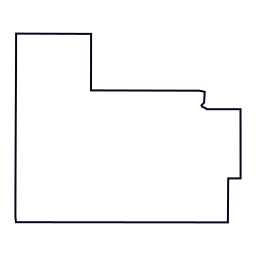 the district of Carter, Oklahoma, United States of America
{"feature_id": "52423323B10262331095216", "entity_name": "Carter", "entity_type": "district", "adm_level": 2, "iso_a3": "USA", "parent_name": "United States of America", "parent_adm1": "Oklahoma", "projection": "albers", "projection_center": [-97.204, 34.289], "detail": "fine", "context": "isolated", "style": "outline", "palette": "ink", "viewbox_px": 256, "rotation_deg": 0, "n_neighbors": 0, "source": "geoboundaries", "source_scale": "gbopen_adm2", "svg_char_len": 353}
<svg xmlns="http://www.w3.org/2000/svg" viewBox="0 0 256 256"><path d="M240.5,109.2L206.5,109.2L205.8,108.3L202.2,106.7L201.5,105.3L204.1,102.7L204.7,91.8L199.2,90.7L91.0,90.4L91.1,33.9L16.1,33.6L16.0,71.6L15.7,127.9L15.5,178.2L15.4,217.1L16.0,222.2L227.9,222.4L228.2,178.4L240.6,178.4L240.5,109.2Z" fill="none" stroke="#020617" stroke-width="2"/></svg>